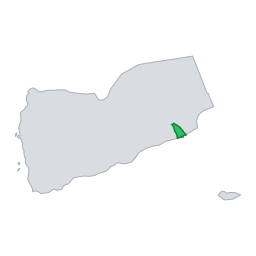 Sayhut, Al Mahrah, Yemen (highlighted)
{"feature_id": "15242507B57333459501301", "entity_name": "Sayhut", "entity_type": "district", "adm_level": 2, "iso_a3": "YEM", "parent_name": "Yemen", "parent_adm1": "Al Mahrah", "projection": "robinson", "projection_center": [51.308, 15.527], "detail": "fine", "context": "in_parent", "style": "filled", "palette": "green", "viewbox_px": 256, "rotation_deg": 0, "n_neighbors": 0, "source": "geoboundaries", "source_scale": "gbopen_adm2", "svg_char_len": 4014}
<svg xmlns="http://www.w3.org/2000/svg" viewBox="0 0 256 256"><path d="M213.6,106.7L204.1,110.5L201.6,112.2L199.3,114.3L197.6,116.9L196.5,121.6L197.4,125.8L197.3,128.0L194.8,129.5L192.5,130.6L190.0,132.3L188.5,132.7L187.2,134.0L185.7,134.9L180.4,137.3L174.7,139.1L165.5,141.3L161.9,143.7L158.7,145.4L153.8,145.9L147.0,148.1L143.3,150.0L138.6,152.9L137.6,153.9L136.8,156.0L135.3,157.9L132.5,161.0L130.4,162.6L129.0,162.7L126.3,163.6L123.1,163.7L117.6,162.6L116.2,163.4L115.1,164.6L110.9,166.7L106.6,171.0L103.5,172.1L98.5,173.4L95.0,175.2L92.6,175.9L89.5,176.3L83.9,176.1L78.6,176.7L73.6,177.9L71.3,180.2L68.6,183.8L64.3,185.2L63.2,186.5L61.9,189.2L59.1,189.9L56.5,190.3L53.9,189.1L49.0,192.3L47.2,192.9L44.3,193.0L42.3,193.7L40.9,193.5L39.1,192.2L35.4,190.7L32.6,191.7L32.4,188.7L27.8,179.5L28.9,171.4L28.9,170.3L28.0,166.7L25.3,163.4L25.4,159.3L24.5,156.3L23.8,153.3L24.0,152.5L24.1,151.7L22.7,147.0L22.3,146.1L22.1,145.1L22.6,144.4L22.6,143.5L21.8,142.0L21.1,139.3L17.4,137.1L18.2,135.1L18.9,135.8L19.9,136.4L20.1,135.1L20.1,134.2L18.6,128.1L21.0,119.9L20.3,112.6L23.9,109.7L24.8,108.8L25.3,108.0L26.1,106.3L27.3,105.8L27.7,104.0L27.7,103.2L27.0,102.4L26.4,100.3L26.6,97.8L26.8,96.7L27.2,94.7L28.5,94.0L28.8,93.4L27.8,92.1L27.9,91.4L30.0,89.3L30.9,88.6L32.2,88.0L33.3,88.0L34.5,88.4L35.6,89.0L36.6,90.0L37.7,91.2L39.4,91.7L40.6,91.6L41.5,92.1L42.3,91.8L43.3,91.2L44.7,91.2L46.0,90.5L49.8,90.2L53.4,90.4L57.1,89.8L60.9,89.9L64.7,89.9L65.5,90.0L66.3,90.4L69.5,92.2L71.9,92.6L76.7,93.1L81.9,93.7L86.4,94.1L90.2,93.7L93.4,93.3L94.3,93.4L95.2,94.5L97.1,97.4L98.9,100.1L102.0,100.2L104.0,99.2L106.3,97.8L107.6,96.7L109.2,92.3L110.3,89.4L112.6,86.3L114.6,83.6L117.2,80.0L118.6,78.1L121.4,74.2L124.1,72.7L129.3,69.8L134.4,66.9L137.8,65.0L140.6,64.2L145.3,63.5L150.9,62.6L156.4,61.7L162.3,60.8L169.0,59.8L173.5,59.1L179.2,58.2L184.0,57.5L188.3,56.8L192.7,56.1L193.5,58.3L194.4,60.4L195.2,62.6L196.0,64.7L196.9,66.9L197.7,69.0L198.5,71.2L199.4,73.3L200.2,75.5L201.0,77.6L201.9,79.8L202.7,81.9L203.5,84.1L204.4,86.2L205.2,88.4L206.0,90.5L206.8,92.6L208.2,93.3L209.0,95.3L210.1,98.2L211.3,101.0L212.4,103.8L213.6,106.7ZM226.5,193.0L227.7,193.3L229.4,192.5L234.5,192.4L240.6,194.8L239.5,195.5L238.8,196.3L236.1,197.1L233.4,199.0L225.7,199.9L223.4,199.4L221.5,197.6L218.1,195.3L219.4,193.8L219.7,193.1L220.2,192.5L222.2,191.3L224.2,191.5L226.5,193.0ZM19.6,164.3L19.3,164.8L19.0,164.7L17.8,163.5L19.1,162.2L19.8,163.4L19.6,164.3ZM16.1,135.6L15.5,136.1L15.4,135.3L15.8,133.4L16.4,132.8L16.8,134.2L16.5,135.0L16.1,135.6ZM18.9,170.0L17.7,170.7L18.6,169.0L19.4,168.6L19.7,168.7L18.9,170.0Z" fill="#d9dde1" stroke="#a8b0b8" stroke-width="1"/><path d="M171.9,124.6L172.4,125.1L173.0,126.0L173.3,126.6L173.7,127.3L173.8,127.5L174.0,128.4L174.4,129.7L174.7,131.2L174.8,131.3L174.9,131.5L175.1,131.6L175.7,132.5L176.2,133.5L176.3,133.6L176.8,135.0L177.0,135.7L177.1,136.1L177.2,136.5L177.2,137.0L177.3,137.7L177.3,137.8L177.4,138.1L177.4,138.3L177.5,138.3L178.0,138.2L178.3,138.0L178.5,138.0L178.7,137.9L178.8,137.9L179.0,137.8L179.2,137.7L179.3,137.6L179.6,137.5L179.8,137.4L180.0,137.3L180.2,137.2L180.3,137.2L180.5,137.1L180.8,137.0L181.0,137.1L181.3,137.1L181.3,136.9L181.6,136.8L181.7,136.7L181.9,136.6L182.0,136.6L182.3,136.7L182.2,136.5L182.3,136.5L182.3,136.4L182.5,136.3L182.7,136.2L182.9,136.2L183.0,136.3L183.0,136.2L183.2,135.9L183.3,135.9L183.4,135.7L183.5,135.7L183.8,135.5L184.0,135.5L184.4,135.3L184.6,135.2L184.9,135.2L185.2,135.0L185.3,135.0L185.5,135.0L185.7,134.9L185.7,135.0L185.8,135.0L186.0,135.1L186.3,135.0L186.4,134.9L186.5,134.9L186.4,134.9L186.3,134.7L186.1,134.6L185.8,134.3L185.7,134.1L185.4,134.0L185.1,133.6L184.5,133.2L184.3,132.9L183.7,132.0L182.6,130.6L182.2,130.1L180.8,128.5L180.5,128.2L180.3,127.9L179.6,127.1L179.3,126.7L179.1,126.6L177.8,125.8L177.2,125.4L175.6,124.4L173.9,123.4L173.7,123.3L173.5,123.5L173.4,123.6L173.2,123.8L173.0,124.0L172.9,124.1L172.8,124.3L172.7,124.3L172.5,124.5L172.4,124.5L172.2,124.5L171.9,124.6L171.9,124.6Z" fill="#22c55e" stroke="#15803d" stroke-width="1.5"/></svg>